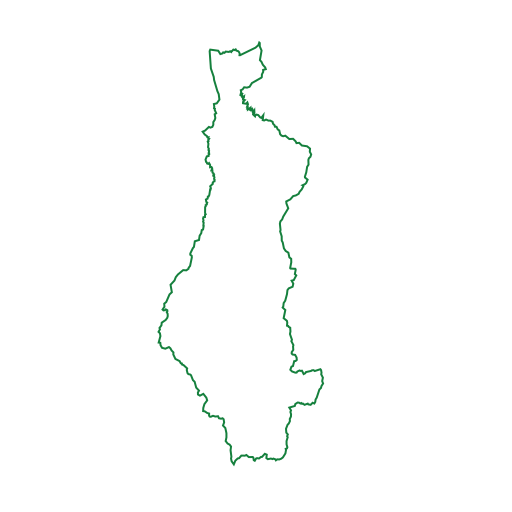 outline of Bellavista, San Martín, Peru, rotated 15°
{"feature_id": "86281439B21945192230195", "entity_name": "Bellavista", "entity_type": "district", "adm_level": 2, "iso_a3": "PER", "parent_name": "Peru", "parent_adm1": "San Martín", "projection": "natural_earth1", "projection_center": [-76.375, -7.551], "detail": "fine", "context": "isolated", "style": "outline", "palette": "green", "viewbox_px": 512, "rotation_deg": 15, "n_neighbors": 0, "source": "geoboundaries", "source_scale": "gbopen_adm2", "svg_char_len": 6106}
<svg xmlns="http://www.w3.org/2000/svg" viewBox="0 0 512 512"><g transform="rotate(15 256 256)"><path d="M286.1,168.9L283.0,167.5L282.7,166.8L282.9,162.1L282.3,156.6L283.1,154.2L281.7,149.6L281.8,147.9L282.9,146.1L283.0,143.6L281.0,141.4L280.4,138.3L276.9,136.8L271.7,137.4L268.4,135.5L265.9,136.5L264.6,135.0L261.5,133.2L257.9,134.4L253.2,132.2L251.2,133.3L249.4,133.1L247.8,132.1L246.0,128.7L244.2,128.1L242.4,125.9L240.8,126.2L240.2,125.0L238.2,123.8L237.3,122.1L234.7,121.5L232.9,122.0L230.4,121.6L228.8,123.0L227.3,123.0L226.6,118.2L225.4,121.2L224.3,121.1L221.7,119.3L219.9,119.3L218.9,120.5L218.9,121.3L216.5,120.0L216.3,118.8L217.1,118.7L216.6,118.1L217.3,117.8L216.7,115.9L216.4,116.9L215.4,117.5L215.0,116.9L215.4,116.4L214.7,116.1L214.7,115.3L213.9,114.5L212.9,115.3L213.6,116.2L213.1,116.7L211.9,116.2L211.9,114.6L210.3,116.6L210.1,115.7L209.4,115.9L209.5,114.9L209.0,114.4L209.8,113.3L208.8,113.8L209.0,111.5L207.9,109.9L207.1,111.5L203.9,111.8L203.6,110.6L204.8,108.3L203.0,108.2L202.6,107.1L203.3,106.1L203.2,105.4L202.8,106.2L202.7,105.2L201.9,105.0L201.4,106.0L201.0,105.7L201.3,105.1L201.0,104.5L199.3,104.5L199.3,103.5L200.2,104.1L200.7,102.8L199.8,102.6L198.4,99.8L199.9,98.6L200.9,96.1L203.7,95.7L206.0,94.2L207.3,90.0L215.0,82.4L215.3,81.7L214.7,79.1L215.3,76.2L214.7,74.4L217.1,73.0L216.1,71.5L213.1,69.5L211.0,67.0L209.1,65.8L208.2,56.1L205.4,52.6L204.5,49.3L203.9,49.0L203.7,51.7L201.6,54.9L188.6,66.2L188.1,66.3L187.9,64.8L186.9,63.5L185.9,62.8L183.9,62.7L182.9,61.7L182.1,62.6L180.7,62.5L179.8,64.4L178.8,64.7L179.0,65.3L177.8,65.1L177.0,65.9L173.8,66.4L173.0,67.9L171.6,67.8L171.2,69.0L169.3,70.2L166.4,67.5L158.4,68.5L158.2,70.1L163.9,86.6L168.8,93.9L170.0,96.9L176.0,106.7L178.1,109.3L180.2,114.4L178.6,118.7L176.0,120.1L177.1,122.7L177.2,124.1L178.2,124.4L178.3,125.6L180.6,128.4L179.4,129.8L181.0,133.2L180.9,135.3L180.1,137.7L180.8,140.3L180.4,142.6L178.7,143.8L177.1,143.5L174.4,148.0L172.3,149.7L175.0,151.9L177.6,152.9L178.2,153.8L179.2,153.6L179.0,154.2L179.8,154.6L179.8,155.3L180.3,155.2L179.9,156.5L180.4,157.4L179.8,158.0L181.0,159.9L181.5,163.3L182.8,164.8L182.6,165.9L183.5,166.6L183.6,168.8L184.1,168.8L184.5,169.9L184.0,170.7L184.3,171.7L182.7,172.5L182.3,175.9L183.4,178.0L184.3,178.4L184.8,179.3L186.0,179.4L186.6,178.4L188.1,179.9L188.7,182.2L190.0,181.6L191.0,182.6L190.8,184.8L191.7,184.5L192.4,186.7L193.8,187.3L193.9,189.2L194.6,188.9L194.7,189.8L195.5,190.7L195.5,192.4L196.3,193.0L196.6,194.6L195.7,195.1L195.2,196.7L195.6,197.5L193.7,200.5L194.9,202.2L194.9,203.6L194.5,203.6L195.1,209.1L194.8,210.8L194.1,211.1L194.4,213.1L193.0,214.4L194.0,216.6L195.1,217.1L194.8,218.6L195.1,219.0L194.2,219.9L194.6,220.8L194.2,221.9L195.7,227.7L196.6,228.7L196.1,229.3L196.6,231.6L195.2,232.1L195.2,233.6L196.1,235.3L196.0,236.6L196.8,237.3L197.3,240.4L197.7,240.5L198.0,244.1L196.9,245.0L197.2,248.1L196.3,251.0L196.8,255.3L193.1,257.6L193.7,263.3L193.0,264.7L191.9,270.5L192.2,271.8L193.8,272.4L194.4,274.0L194.9,282.7L194.0,284.7L194.1,285.8L192.4,287.9L189.3,288.5L185.4,294.0L184.0,297.2L183.6,300.8L180.9,305.9L184.1,312.8L182.4,315.5L181.2,323.7L179.7,325.8L180.7,328.7L179.6,331.9L180.7,332.5L182.1,331.9L182.7,330.9L184.3,331.3L184.7,332.2L184.3,333.3L185.6,334.7L186.3,336.9L186.3,338.7L185.3,341.2L182.2,344.8L182.6,347.5L181.4,350.5L182.2,351.7L181.5,354.5L183.2,355.5L184.4,358.1L184.4,364.8L186.0,364.6L186.9,366.9L189.0,369.0L192.4,369.0L195.5,366.5L197.2,367.3L198.9,369.1L201.2,370.5L201.6,372.5L204.8,376.3L209.4,377.3L211.1,379.1L212.2,379.0L212.7,380.0L214.2,380.1L218.6,382.4L218.6,384.0L220.2,386.9L221.3,387.6L223.0,387.5L224.1,388.0L227.2,392.2L229.3,393.4L232.3,398.6L235.8,400.8L235.2,402.8L235.8,404.8L238.0,405.4L240.8,402.8L244.7,405.7L246.2,408.1L244.5,412.4L244.4,416.4L245.1,419.5L246.7,419.3L249.6,420.3L251.5,420.3L252.0,422.3L252.8,423.1L253.9,423.0L255.8,421.5L258.3,421.6L260.8,420.6L262.2,422.3L264.4,422.2L265.7,421.4L267.0,422.1L268.3,425.0L268.0,428.3L270.9,430.1L273.3,434.8L274.4,438.9L274.6,442.6L277.1,444.5L279.3,445.0L281.2,446.5L281.7,450.2L284.2,456.3L284.3,458.1L285.6,460.6L288.5,463.0L289.0,459.1L290.7,456.3L292.0,455.7L293.5,452.6L297.0,451.7L298.2,450.7L301.1,452.1L304.9,451.0L305.7,451.6L306.7,453.8L307.8,454.1L308.5,451.6L309.3,451.0L311.3,450.8L312.8,448.8L313.8,448.5L315.7,444.8L317.8,445.1L318.3,448.5L320.0,449.2L322.8,447.8L324.5,447.9L325.2,447.2L327.4,447.4L328.1,448.2L329.2,446.9L331.1,446.5L332.8,445.3L334.1,443.6L335.5,439.1L335.2,435.6L334.6,434.6L335.7,433.8L335.8,432.6L334.3,430.1L333.4,426.9L333.5,422.8L332.7,422.0L332.9,420.1L331.0,418.8L329.7,415.1L330.2,410.7L331.0,409.4L331.5,406.7L330.8,404.7L331.3,402.1L330.8,399.7L329.6,397.8L329.8,396.1L327.4,393.8L332.3,390.8L332.3,388.8L334.1,386.8L335.3,386.5L337.1,387.0L337.8,386.3L338.8,386.9L339.5,386.4L341.4,387.2L344.2,385.2L344.9,385.8L347.3,385.6L348.7,383.1L350.5,383.4L351.0,381.6L350.7,379.2L351.3,377.1L351.8,368.5L352.9,366.7L352.9,364.6L353.8,361.8L352.3,359.7L352.1,356.2L349.6,353.4L349.5,351.8L348.4,349.4L347.5,348.7L342.5,351.9L341.2,351.4L339.7,351.9L338.9,352.8L334.3,355.2L333.9,356.5L332.6,357.7L330.1,354.9L328.6,355.5L327.7,355.3L325.8,356.9L325.4,358.1L324.2,358.5L320.7,358.2L318.6,357.0L318.9,353.7L320.2,352.7L320.1,347.7L321.4,347.2L322.3,345.8L321.5,343.6L319.4,341.4L316.8,341.7L315.7,341.0L315.4,339.6L316.3,337.0L315.2,333.8L315.2,332.4L312.2,329.1L312.4,327.6L309.0,322.6L308.8,320.0L307.6,316.4L305.9,316.0L305.3,315.3L304.0,315.3L303.4,312.1L302.6,310.6L298.8,308.9L298.3,300.6L295.1,298.9L295.4,297.6L294.9,294.3L295.8,291.6L295.8,284.8L295.2,280.8L296.0,278.8L299.3,276.2L299.2,273.1L296.8,270.6L298.7,269.5L299.9,264.3L298.2,263.4L297.9,259.0L297.3,258.2L292.6,259.2L292.1,258.8L291.7,252.9L290.7,249.6L288.6,248.7L286.4,244.4L283.4,243.5L281.0,241.4L278.3,236.0L276.9,234.5L275.7,230.3L272.9,225.9L273.0,224.6L270.7,218.6L270.6,216.3L271.8,213.9L272.1,210.9L274.8,201.6L271.8,197.4L271.1,195.5L274.5,192.4L276.4,188.5L278.8,187.2L281.1,184.9L281.5,182.7L282.9,179.9L283.7,176.3L283.6,175.8L282.7,175.6L284.8,173.8L285.6,172.4L286.1,168.9Z" fill="none" stroke="#15803d" stroke-width="2"/></g></svg>